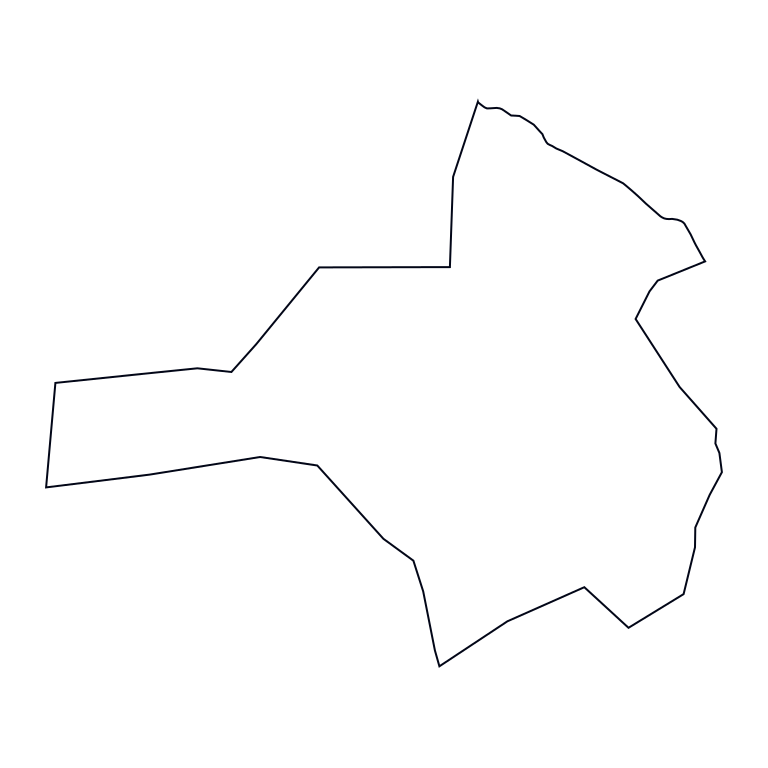 the district of Cagaandelger, Dundgovi, Mongolia
{"feature_id": "93677404B83577938576500", "entity_name": "Cagaandelger", "entity_type": "district", "adm_level": 2, "iso_a3": "MNG", "parent_name": "Mongolia", "parent_adm1": "Dundgovi", "projection": "equal_earth", "projection_center": [107.979, 46.403], "detail": "fine", "context": "isolated", "style": "outline", "palette": "ink", "viewbox_px": 768, "rotation_deg": 0, "n_neighbors": 0, "source": "geoboundaries", "source_scale": "gbopen_adm2", "svg_char_len": 1300}
<svg xmlns="http://www.w3.org/2000/svg" viewBox="0 0 768 768"><path d="M55.4,382.9L46.1,487.4L149.7,474.6L260.0,457.0L317.3,465.5L383.4,538.8L413.4,560.7L423.2,591.4L434.9,650.4L439.4,666.3L507.4,621.3L584.3,587.2L628.5,627.8L683.6,594.1L695.0,547.3L695.3,527.5L709.7,494.8L721.9,472.2L719.4,453.0L715.4,443.5L716.5,428.8L679.6,387.0L635.6,319.0L649.5,291.4L657.7,280.6L705.1,261.4L703.4,258.7L702.4,257.0L699.7,252.0L696.0,245.4L694.5,242.5L690.7,234.5L685.7,225.9L684.4,223.6L682.7,222.0L680.9,221.0L677.3,219.7L672.1,218.9L669.0,219.1L666.4,218.9L664.2,218.4L662.1,217.4L660.4,216.3L646.0,203.7L638.1,196.2L631.8,190.6L625.8,185.5L623.1,183.3L601.5,172.2L596.1,169.4L574.7,157.7L562.7,151.2L556.3,148.5L552.2,146.0L549.9,145.0L547.7,143.8L546.3,142.1L543.8,137.6L542.4,134.1L541.7,133.4L540.4,132.0L539.1,130.6L533.8,124.7L530.0,122.3L526.5,120.1L519.6,116.0L515.4,115.7L511.1,115.5L507.7,113.1L502.1,109.3L499.6,108.3L499.4,108.3L498.6,108.2L497.2,108.0L496.9,107.9L490.6,108.3L487.8,108.4L487.6,108.4L487.3,108.4L486.9,108.4L486.6,108.2L486.0,108.0L485.5,107.8L484.5,107.3L483.4,106.5L482.7,106.0L480.5,104.3L478.9,103.0L478.1,102.4L477.9,101.7L453.1,176.9L449.9,267.1L319.1,267.4L256.3,344.1L231.4,372.0L197.4,368.3L141.3,374.0L55.4,382.9Z" fill="none" stroke="#020617" stroke-width="2"/></svg>